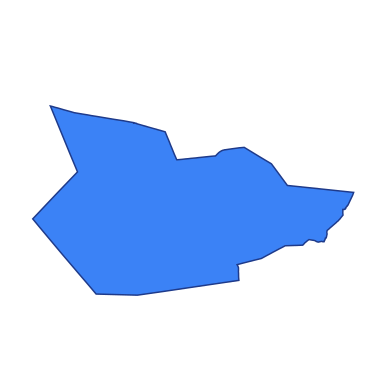 outline of Tydal nor, Sør-Trøndelag, Norway, rotated 175°
{"feature_id": "86288312B83613644252663", "entity_name": "Tydal nor", "entity_type": "district", "adm_level": 2, "iso_a3": "NOR", "parent_name": "Norway", "parent_adm1": "Sør-Trøndelag", "projection": "natural_earth1", "projection_center": [11.479, 62.971], "detail": "fine", "context": "isolated", "style": "filled", "palette": "blue", "viewbox_px": 384, "rotation_deg": 175, "n_neighbors": 0, "source": "geoboundaries", "source_scale": "gbopen_adm2", "svg_char_len": 3116}
<svg xmlns="http://www.w3.org/2000/svg" viewBox="0 0 384 384"><g transform="rotate(175 192 192)"><path d="M296.4,98.7L255.4,94.0L229.4,95.4L204.3,96.9L178.5,98.4L153.0,99.9L153.0,101.3L153.0,103.1L152.9,104.6L152.7,107.1L152.7,108.6L152.5,110.1L152.3,112.5L152.6,113.7L153.4,115.7L147.0,116.8L135.4,118.7L128.8,119.7L127.6,120.2L122.8,122.3L120.4,123.3L116.3,125.1L113.2,126.4L110.4,127.6L106.7,129.1L103.9,130.3L103.3,130.3L94.3,129.8L93.0,129.7L86.3,129.4L84.8,130.7L83.9,131.6L83.6,131.8L83.4,131.9L82.8,132.3L81.6,133.2L81.4,133.3L80.5,133.9L79.6,134.4L75.8,133.4L75.6,133.4L74.6,133.1L73.5,132.7L73.3,132.5L73.1,132.4L72.9,132.2L72.6,131.9L72.4,131.8L72.1,131.7L71.5,131.4L70.9,131.2L70.4,131.1L70.1,131.1L69.9,131.1L69.6,131.2L69.4,131.3L69.2,131.3L68.1,131.4L67.6,131.5L67.4,131.5L67.1,131.5L66.2,131.1L65.9,131.1L65.7,131.0L65.2,131.0L64.8,131.0L64.7,131.0L64.6,131.3L64.6,131.5L64.6,131.8L64.4,131.9L64.4,132.0L64.1,132.3L64.0,132.5L63.9,132.6L63.8,132.8L63.7,132.8L63.6,133.0L63.6,133.3L63.5,133.5L63.4,133.6L63.3,133.8L63.3,134.0L63.2,134.1L63.0,134.3L63.0,134.5L62.9,134.5L62.6,134.6L62.3,134.6L61.7,136.4L61.4,137.5L61.2,138.0L61.1,138.5L61.2,139.2L61.2,139.8L61.2,140.3L61.1,140.6L61.0,141.0L60.9,141.4L60.7,141.9L60.2,142.3L59.3,142.9L58.3,143.6L57.9,144.0L55.5,145.7L54.7,146.3L53.9,146.9L53.0,147.5L52.5,147.9L52.2,148.1L51.5,148.6L50.8,149.1L50.3,149.6L50.1,149.8L49.9,149.9L49.3,150.2L48.5,150.9L47.8,151.6L47.1,152.1L46.9,152.4L46.6,152.7L45.4,154.0L43.6,155.8L43.6,158.2L43.3,160.3L43.4,160.6L43.4,160.8L43.3,161.0L43.3,161.3L43.2,161.4L43.2,161.5L42.9,161.5L42.6,161.5L42.4,161.4L42.2,161.4L41.9,161.4L41.7,161.4L41.6,161.5L41.4,161.4L41.3,161.5L41.1,161.5L40.9,161.7L40.8,161.8L40.7,161.8L40.5,162.0L40.4,162.1L40.5,162.2L40.5,162.3L40.6,162.5L40.4,162.8L40.2,163.0L39.9,163.2L39.8,163.3L39.7,163.5L39.4,163.8L39.2,163.9L39.0,164.0L38.8,164.2L38.7,164.3L38.7,164.6L38.5,164.9L38.3,165.0L38.0,165.1L37.9,165.3L37.7,165.5L34.0,171.8L32.2,174.9L32.1,175.1L31.0,177.5L64.4,184.0L96.4,190.2L110.4,213.1L122.1,221.6L136.1,231.9L138.5,231.9L141.2,231.9L143.1,231.8L147.7,231.6L151.3,231.4L154.7,231.2L155.7,231.2L156.3,231.1L156.8,231.0L157.6,230.9L159.2,230.4L159.7,230.1L160.4,229.8L161.1,229.4L161.9,228.9L163.6,227.5L165.4,225.9L170.8,225.9L182.9,225.7L184.8,225.6L187.5,225.6L190.3,225.6L192.5,225.5L195.8,225.5L198.9,225.4L204.3,225.4L204.6,226.0L205.3,228.2L206.3,231.1L207.1,233.7L208.1,237.0L209.2,240.4L210.4,244.5L211.7,248.5L213.5,254.3L215.6,255.1L229.3,260.3L241.0,264.8L241.1,265.0L241.3,265.0L241.5,265.1L241.8,265.2L241.8,265.3L242.0,265.3L242.3,265.4L242.4,265.5L242.5,265.5L242.8,265.6L242.7,265.6L242.8,265.6L242.7,265.6L242.8,265.7L243.1,265.6L243.3,265.6L243.2,265.7L243.2,265.8L243.7,266.1L248.2,267.3L253.9,268.9L263.4,271.2L280.4,275.6L285.7,276.9L289.2,277.9L292.8,278.8L302.5,281.3L303.2,281.6L308.5,283.6L312.3,285.0L318.4,287.4L320.8,288.2L323.5,289.3L325.6,290.0L310.3,240.9L304.3,222.0L312.0,215.3L324.7,204.2L336.8,193.5L353.0,179.1L346.6,169.8L336.5,155.3L326.7,141.3L312.9,121.9L303.3,108.5L296.4,98.7Z" fill="#3b82f6" stroke="#1e3a8a" stroke-width="1.5"/></g></svg>